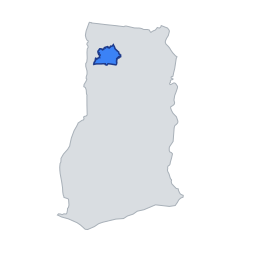 Wa East, Upper West, Ghana (highlighted), rotated 7°
{"feature_id": "2480657B52594370214383", "entity_name": "Wa East", "entity_type": "district", "adm_level": 2, "iso_a3": "GHA", "parent_name": "Ghana", "parent_adm1": "Upper West", "projection": "natural_earth1", "projection_center": [-2.09, 10.084], "detail": "fine", "context": "in_parent", "style": "filled", "palette": "blue", "viewbox_px": 256, "rotation_deg": 7, "n_neighbors": 0, "source": "geoboundaries", "source_scale": "gbopen_adm2", "svg_char_len": 5842}
<svg xmlns="http://www.w3.org/2000/svg" viewBox="0 0 256 256"><g transform="rotate(7 128 128)"><path d="M155.1,24.0L156.9,25.9L157.3,27.1L156.7,31.4L155.3,34.4L154.5,37.2L154.6,38.6L155.4,40.0L158.2,42.2L159.6,43.6L161.3,45.8L163.2,47.9L166.5,50.7L167.9,51.2L167.8,51.9L167.4,53.0L167.1,63.3L166.8,65.9L166.6,67.3L166.3,71.1L166.0,71.7L165.3,71.6L164.8,71.8L164.6,72.6L164.9,73.3L166.8,73.9L166.4,74.5L164.9,75.0L164.3,76.2L164.6,77.5L163.8,78.5L164.0,79.3L164.5,79.8L165.3,79.6L167.7,77.8L168.6,77.6L169.8,78.0L172.1,80.7L172.2,82.0L171.3,86.5L170.4,90.0L170.2,94.7L171.2,97.3L171.0,98.8L170.0,100.0L167.8,101.8L167.9,103.0L169.0,105.3L170.9,107.9L174.7,111.0L176.7,115.2L176.7,116.8L175.6,118.5L174.2,119.9L173.8,122.1L174.4,135.8L171.4,141.8L171.4,143.5L171.7,145.5L172.5,146.7L174.0,147.1L175.3,148.2L174.9,152.4L174.2,156.7L174.1,158.8L173.7,159.8L172.6,160.6L172.1,161.9L172.4,163.6L172.2,164.8L172.8,166.4L174.2,168.4L176.4,173.3L177.2,173.7L177.6,174.8L177.4,175.8L178.2,178.0L180.7,180.1L183.2,182.1L185.3,182.3L185.8,184.0L187.2,186.2L188.1,187.2L189.7,187.8L191.0,188.1L191.1,189.9L188.8,191.2L187.2,193.1L186.0,196.0L184.3,199.2L178.6,200.8L176.4,200.8L164.7,200.9L153.7,207.2L147.4,209.4L143.5,212.9L138.2,215.4L134.6,218.4L127.0,219.9L114.5,224.6L110.6,226.5L106.7,229.9L100.3,233.7L97.8,233.7L92.7,230.1L89.0,228.2L79.7,225.4L72.8,224.4L69.5,223.2L68.6,223.0L69.4,221.7L71.3,221.6L73.3,222.0L74.8,221.0L77.1,220.9L77.7,219.8L77.9,217.2L77.8,215.1L78.6,214.1L78.8,211.6L77.7,206.1L76.9,205.5L72.9,204.7L72.6,203.6L71.9,202.4L71.1,199.6L70.3,195.3L68.9,190.1L66.2,181.4L65.5,178.3L65.0,175.2L64.9,171.5L65.5,170.1L65.4,168.2L65.2,166.3L67.1,161.8L70.8,156.4L71.6,154.5L72.3,153.1L72.4,151.2L73.0,144.9L74.8,137.3L76.0,134.4L76.7,132.8L77.6,130.3L77.9,129.1L81.3,126.1L82.9,125.3L83.2,124.2L82.7,122.9L82.9,122.0L83.8,121.6L85.0,121.2L85.9,120.0L84.5,110.6L83.3,101.2L83.3,100.4L82.6,99.1L81.9,95.3L80.7,93.0L79.1,92.4L79.1,90.2L80.7,86.6L81.2,84.5L80.4,83.9L80.3,82.2L80.8,79.6L80.6,77.9L80.3,76.2L78.6,72.1L78.2,69.2L79.0,67.5L79.0,63.8L78.1,58.1L77.9,54.5L78.6,52.9L78.3,51.5L77.0,50.1L77.0,48.8L78.0,47.5L77.9,46.5L76.6,45.8L75.4,44.0L74.4,41.2L74.6,36.8L76.5,28.5L76.8,27.8L79.0,27.9L79.0,28.2L85.9,28.1L93.7,28.1L103.1,27.9L111.7,27.9L112.0,27.5L113.5,27.0L122.1,27.9L127.5,27.4L129.8,27.7L131.4,28.3L135.2,27.9L137.1,28.1L138.7,30.2L139.3,30.2L140.1,29.3L141.6,28.3L143.1,27.5L144.2,25.9L144.8,24.7L145.8,24.9L147.2,24.9L148.2,23.8L148.5,22.3L155.1,24.0Z" fill="#d9dde1" stroke="#a8b0b8" stroke-width="1"/><path d="M109.9,55.1L109.7,54.8L109.7,54.7L109.7,54.4L109.6,54.2L109.5,53.9L109.4,53.6L109.2,53.5L109.0,53.4L108.9,53.4L108.7,53.3L108.6,53.2L108.4,53.1L108.0,52.9L107.8,52.5L107.7,52.5L107.4,52.5L107.2,52.3L107.1,52.2L106.6,51.7L106.3,51.6L106.2,51.4L105.9,51.1L105.7,51.0L105.4,50.9L105.3,50.7L105.2,50.5L105.2,50.3L105.2,50.2L105.0,49.7L104.7,49.2L104.4,48.7L104.2,48.4L103.7,47.9L103.6,47.7L103.4,47.5L103.3,47.1L103.2,47.2L103.2,47.3L103.0,47.5L102.9,47.8L102.9,48.0L102.7,48.2L102.7,48.3L102.3,48.6L102.2,48.6L101.9,48.7L101.8,48.8L101.7,48.9L101.5,49.0L101.2,48.9L100.8,48.9L100.8,49.1L100.7,49.2L100.7,49.4L100.5,49.5L100.3,49.7L100.3,49.8L100.3,50.0L100.2,50.0L100.1,50.3L99.9,50.4L99.8,50.5L99.7,50.6L99.7,50.8L99.4,50.8L99.4,50.6L99.2,50.5L98.9,50.4L98.8,50.5L98.7,50.4L98.6,50.1L98.4,50.1L98.2,50.3L98.1,50.5L97.9,50.4L98.0,50.4L97.8,50.3L97.7,50.2L97.6,49.8L95.5,50.7L95.7,51.3L95.4,51.3L95.2,51.3L94.9,51.3L94.7,51.3L94.5,51.9L94.4,52.2L94.2,52.5L94.3,52.5L94.3,52.8L94.2,52.8L94.1,52.7L93.8,53.0L93.6,53.0L93.4,53.3L93.5,53.4L93.4,53.5L93.1,53.6L93.0,53.4L92.9,53.3L92.8,53.2L92.7,52.9L92.4,52.7L92.2,52.8L91.9,52.9L91.6,52.8L91.4,52.9L91.2,52.8L91.1,52.7L90.9,52.7L90.8,52.8L90.7,52.8L90.3,52.8L90.2,53.0L90.0,53.3L89.9,53.4L89.9,53.6L89.7,53.9L89.6,54.0L89.6,54.4L89.4,54.5L89.2,54.8L89.0,55.1L88.9,55.2L88.9,55.3L88.9,55.6L88.8,55.8L88.9,56.2L89.0,56.3L89.1,56.5L89.1,56.9L89.4,56.8L89.7,56.8L89.9,56.9L89.9,57.0L90.0,57.0L90.1,56.9L90.4,57.1L90.3,57.3L90.2,57.3L89.9,57.4L89.8,57.5L90.0,58.0L89.9,58.3L89.9,58.5L90.0,58.5L90.3,58.8L90.5,58.7L90.7,58.8L90.8,58.7L91.2,58.8L91.3,58.9L91.3,59.0L91.5,59.0L91.5,59.3L91.4,59.4L91.3,59.5L91.2,59.6L91.0,59.8L90.9,60.1L91.0,60.5L91.0,60.8L91.2,61.2L91.0,61.4L91.1,61.6L90.8,61.6L90.5,61.7L90.2,62.0L89.5,62.4L89.6,62.5L89.5,62.8L89.4,62.9L89.1,62.8L88.9,62.9L88.9,63.1L88.7,63.3L88.5,63.5L88.4,63.5L88.1,63.7L87.8,63.7L87.7,63.5L87.6,63.0L87.5,62.9L87.4,62.7L87.3,62.8L87.3,63.2L87.3,63.5L87.5,63.6L87.6,63.8L87.6,64.0L87.3,64.1L87.2,64.5L87.3,64.6L87.5,64.8L87.4,65.1L87.2,65.2L87.2,65.8L87.0,66.0L86.9,66.3L86.8,66.6L86.5,66.7L86.4,66.8L86.4,67.0L86.5,67.2L86.4,67.5L86.5,67.6L86.6,67.8L86.3,68.0L86.2,68.6L86.5,68.6L86.5,68.8L86.5,69.0L88.4,68.3L90.4,68.0L93.7,67.6L95.0,67.3L95.3,67.3L96.3,67.1L97.6,67.0L97.7,67.8L97.9,67.9L98.6,68.0L98.8,68.1L99.1,68.1L99.5,68.0L99.6,67.9L99.8,67.6L100.0,67.2L100.1,66.9L100.2,66.7L100.3,66.6L100.6,66.6L103.5,66.6L105.1,66.7L106.4,66.7L107.6,66.8L108.3,66.8L108.5,66.7L108.8,66.0L108.9,65.1L108.9,64.9L108.9,64.5L108.9,64.4L108.7,64.3L108.7,64.2L108.7,63.9L108.7,63.6L108.7,63.4L108.6,63.2L108.4,63.1L108.4,62.9L108.4,62.7L108.6,62.6L108.6,62.2L108.5,61.8L108.5,61.6L108.6,61.4L108.4,61.2L108.3,60.9L108.3,60.7L108.4,60.4L108.5,60.4L108.8,60.4L108.8,60.2L109.0,60.0L109.0,59.8L109.1,59.6L109.3,59.6L109.5,59.9L109.6,60.0L109.7,59.9L109.8,59.6L109.7,59.4L109.8,59.3L110.1,59.4L110.3,59.5L110.5,59.5L110.7,59.4L110.8,59.2L110.6,59.0L110.5,58.9L110.1,58.4L110.4,58.3L110.8,58.2L111.0,58.3L111.0,58.5L111.3,58.5L111.7,58.4L111.8,58.3L112.0,58.2L112.0,57.9L112.0,57.7L112.0,57.4L111.8,57.3L111.8,57.1L111.7,56.8L111.7,56.6L111.7,56.4L111.4,56.4L111.2,56.4L111.0,56.2L110.9,56.2L110.7,55.9L110.7,55.7L110.4,55.6L110.1,55.5L110.1,55.4L110.0,55.2L109.9,55.1Z" fill="#3b82f6" stroke="#1e3a8a" stroke-width="1.5"/></g></svg>